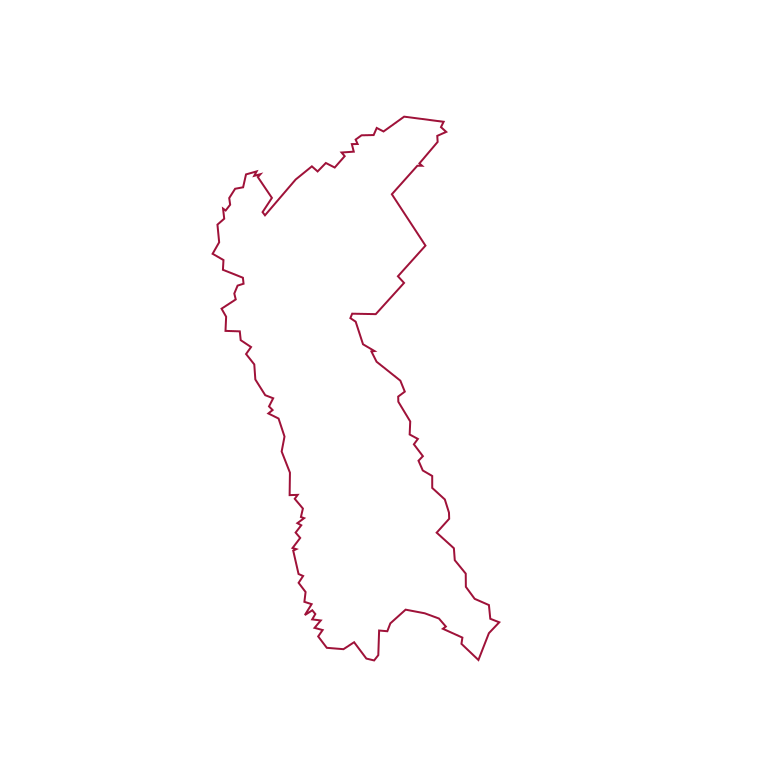 Murray River, New South Wales, Australia, rotated 34°
{"feature_id": "25037944B78114295205688", "entity_name": "Murray River", "entity_type": "district", "adm_level": 2, "iso_a3": "AUS", "parent_name": "Australia", "parent_adm1": "New South Wales", "projection": "mercator", "projection_center": [144.402, -35.23], "detail": "medium", "context": "isolated", "style": "outline", "palette": "rose", "viewbox_px": 768, "rotation_deg": 34, "n_neighbors": 0, "source": "geoboundaries", "source_scale": "gbopen_adm2", "svg_char_len": 1965}
<svg xmlns="http://www.w3.org/2000/svg" viewBox="0 0 768 768"><g transform="rotate(34 384 384)"><path d="M159.5,279.0L152.4,287.4L157.2,299.7L151.4,305.4L151.7,316.4L156.2,321.4L155.7,328.7L152.5,328.6L159.1,336.3L156.8,345.0L168.1,358.7L169.1,371.9L181.6,371.0L186.6,379.4L207.6,374.8L211.5,379.4L207.6,384.3L209.3,392.7L213.8,396.8L207.2,412.4L215.5,416.5L222.9,428.6L235.0,421.0L240.7,427.8L253.1,427.7L252.9,436.3L265.5,440.3L274.8,452.2L291.8,459.7L300.1,457.8L301.2,466.9L306.2,467.9L304.6,473.1L315.9,471.6L330.9,483.2L336.9,497.2L355.6,510.1L367.9,528.9L374.4,524.2L374.2,529.1L386.4,532.6L389.5,540.7L392.8,539.9L390.0,547.8L394.4,547.4L393.8,556.6L400.6,558.5L399.9,571.1L403.6,570.0L401.9,572.9L419.4,589.3L424.3,588.4L424.4,596.6L435.3,600.3L439.8,609.1L447.1,607.0L447.6,619.8L451.1,611.7L455.7,613.1L456.1,619.3L463.8,615.4L462.8,625.0L470.7,622.3L470.6,630.1L484.1,634.7L498.7,626.5L503.6,614.8L522.9,621.5L530.4,618.7L530.9,612.0L517.8,591.1L525.0,587.1L523.1,578.9L528.1,559.0L546.0,551.3L560.7,547.7L570.9,550.5L569.7,554.0L590.8,550.4L593.5,556.1L616.6,560.0L610.3,531.9L612.8,517.1L603.4,519.2L594.6,508.6L579.3,511.4L565.3,506.4L557.8,495.5L541.2,490.5L533.8,481.1L510.8,477.8L513.4,459.3L509.8,454.3L499.0,445.7L482.1,443.2L475.4,433.3L464.5,434.0L455.5,428.3L456.6,422.1L442.5,417.3L442.8,410.6L433.5,411.5L426.7,400.4L405.8,390.7L402.8,386.5L405.5,378.7L395.7,372.1L365.4,369.7L355.4,364.1L357.7,362.0L344.4,362.8L325.7,348.2L319.3,348.2L318.3,343.5L338.1,330.7L344.1,289.0L335.3,286.9L341.0,246.1L284.4,222.3L289.6,184.4L293.5,181.8L290.0,181.3L293.1,153.3L289.4,148.5L294.6,140.2L287.6,139.2L286.8,133.3L251.2,151.1L242.4,174.9L234.8,175.8L236.2,183.4L226.3,190.4L223.8,197.2L227.9,199.8L223.2,203.1L229.0,208.3L219.4,215.8L224.0,217.1L222.1,232.1L212.2,233.3L210.1,244.9L202.5,243.9L196.4,263.9L191.0,310.7L187.2,309.4L187.0,292.4L163.7,283.0L164.2,279.2L160.0,284.0L159.5,279.0Z" fill="none" stroke="#9f1239" stroke-width="2"/></g></svg>